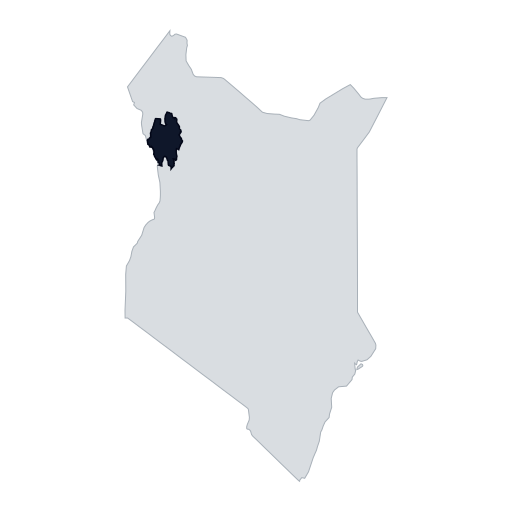 Loima, Rift Valley, Kenya shown in context
{"feature_id": "3690345B72596484741491", "entity_name": "Loima", "entity_type": "district", "adm_level": 2, "iso_a3": "KEN", "parent_name": "Kenya", "parent_adm1": "Rift Valley", "projection": "equal_earth", "projection_center": [35.181, 3.01], "detail": "fine", "context": "in_parent", "style": "filled", "palette": "ink", "viewbox_px": 512, "rotation_deg": 0, "n_neighbors": 0, "source": "geoboundaries", "source_scale": "gbopen_adm2", "svg_char_len": 8007}
<svg xmlns="http://www.w3.org/2000/svg" viewBox="0 0 512 512"><path d="M125.1,318.0L125.0,310.5L125.8,291.3L125.7,274.4L126.4,266.0L129.5,260.6L130.9,256.7L131.9,251.3L133.5,246.9L137.2,243.3L137.8,241.3L141.7,235.3L144.1,227.5L145.8,224.9L148.0,222.5L149.6,221.2L152.1,219.9L154.1,219.2L154.5,218.6L154.6,217.3L154.0,212.5L154.8,211.0L156.2,207.8L157.8,204.8L159.2,202.9L160.0,200.9L160.3,197.5L160.4,195.2L160.4,191.2L159.9,182.4L158.3,175.0L157.3,166.6L158.0,163.9L156.7,159.0L156.1,158.8L155.0,157.7L153.7,153.1L152.6,148.9L152.0,147.9L147.6,144.2L145.4,135.6L143.0,133.7L141.6,125.1L141.4,122.6L142.8,114.1L142.6,112.1L141.2,110.3L137.0,108.5L133.7,104.9L134.1,103.7L134.4,102.4L132.6,101.6L127.5,86.9L134.1,78.1L140.8,69.2L149.3,58.0L157.1,47.6L163.9,38.7L169.9,30.7L169.8,32.2L169.8,34.3L170.5,35.5L171.8,36.3L173.5,35.5L175.0,34.2L176.5,34.0L185.5,37.3L187.1,40.2L187.0,43.3L187.4,45.5L186.7,47.8L185.9,54.7L186.1,60.9L188.8,65.6L191.3,69.3L193.2,74.4L194.6,76.0L196.6,76.8L202.8,77.0L212.1,77.3L220.9,77.6L221.7,77.8L223.6,78.5L231.8,85.4L239.3,91.8L245.6,97.3L251.8,102.6L257.8,107.9L262.4,112.2L267.0,113.5L274.4,114.1L279.5,114.3L284.3,116.2L291.4,117.9L296.6,118.7L299.8,119.7L308.7,120.7L310.1,120.1L314.0,115.3L318.3,107.5L320.0,103.2L325.7,99.0L335.6,93.0L342.5,88.8L350.3,84.6L353.8,88.2L358.7,94.1L360.9,97.0L362.6,98.3L365.3,99.2L368.5,99.2L370.3,99.0L373.9,98.3L382.2,97.6L387.0,97.6L383.0,105.4L378.2,114.8L369.3,132.0L362.6,141.0L357.4,147.9L357.0,149.1L357.0,156.7L357.1,175.4L357.2,212.7L357.4,250.0L357.5,287.3L357.5,305.9L357.5,312.2L362.0,320.0L366.4,327.7L372.3,337.8L375.4,343.3L375.9,345.1L375.7,348.7L370.9,356.3L367.0,359.8L361.7,361.4L360.1,361.1L358.1,360.0L357.2,361.8L356.6,364.7L355.5,364.1L354.6,363.2L355.1,368.3L355.6,370.8L354.8,374.1L352.3,377.1L352.0,379.6L346.5,386.1L338.6,386.8L334.5,390.0L332.6,392.7L331.2,398.4L331.7,407.3L329.5,414.1L329.1,417.5L325.0,422.0L323.2,426.0L321.8,430.1L320.7,432.0L319.3,441.2L317.4,446.8L316.9,448.7L316.4,450.4L314.9,453.7L314.0,455.9L313.3,457.4L308.5,471.8L304.7,478.3L301.8,477.6L299.8,480.1L299.6,481.3L298.6,480.6L296.1,478.2L291.1,473.4L286.1,468.5L281.0,463.6L276.0,458.7L271.0,453.8L265.9,448.9L260.9,444.0L255.9,439.1L252.9,436.3L251.6,434.6L250.6,431.2L250.1,430.4L248.8,429.3L247.2,429.1L246.7,428.4L246.7,426.8L247.3,424.5L249.2,420.0L249.4,417.3L249.0,414.3L248.4,409.5L247.9,408.5L244.6,405.9L237.6,400.7L230.6,395.4L223.6,390.2L216.6,384.9L209.6,379.6L202.6,374.4L195.6,369.1L188.6,363.8L181.6,358.6L174.6,353.3L167.6,348.0L160.6,342.8L153.6,337.5L146.6,332.2L139.6,327.0L132.6,321.7L129.9,319.7L127.6,318.0L125.1,318.0ZM358.0,369.2L356.8,369.6L357.4,367.1L361.0,363.8L362.5,364.5L362.8,365.3L362.7,366.0L362.1,366.6L358.0,369.2Z" fill="#d9dde1" stroke="#a8b0b8" stroke-width="1"/><path d="M171.1,168.9L171.7,168.1L171.9,167.8L172.1,167.6L172.2,167.4L172.6,167.3L172.8,166.8L173.1,166.5L173.3,166.2L173.5,166.1L174.0,165.8L174.0,165.7L173.9,165.4L173.8,164.9L173.9,164.7L174.0,164.7L173.9,164.1L174.0,163.9L174.2,163.7L174.2,163.3L173.9,163.3L173.9,163.2L173.7,162.8L173.7,162.6L173.9,162.5L173.9,162.4L173.7,162.3L173.7,162.2L173.8,161.6L174.0,161.4L173.9,161.2L173.8,160.6L173.7,160.3L173.7,160.2L173.8,160.1L173.7,160.0L173.6,159.9L173.6,159.7L173.4,159.5L173.4,159.4L173.5,159.1L173.3,158.8L173.5,158.8L173.7,159.0L174.0,158.8L174.4,159.1L174.6,159.1L174.8,159.3L175.1,159.3L175.3,159.5L175.5,160.2L175.5,160.3L175.8,160.2L176.4,159.8L176.5,159.6L176.5,159.3L176.4,159.0L176.6,158.2L176.5,157.9L176.6,157.6L176.7,157.3L176.8,156.9L176.9,156.7L176.8,156.2L176.8,155.7L176.6,155.0L176.4,154.2L176.3,153.3L176.2,152.0L176.2,150.9L176.2,150.4L176.5,148.6L177.4,148.9L177.9,149.2L178.4,149.6L178.6,149.7L178.8,149.7L178.9,149.1L179.0,148.8L179.0,148.6L179.1,148.3L179.2,148.1L179.4,147.8L179.4,147.5L179.7,146.6L180.0,146.2L180.3,145.7L180.4,145.2L180.3,144.8L180.5,144.6L180.5,144.4L180.7,144.2L181.2,143.8L181.5,143.4L181.5,143.2L181.6,142.8L181.8,142.6L182.1,142.3L182.2,142.0L182.3,141.8L182.3,141.4L182.5,141.0L181.7,139.9L181.5,139.6L181.5,139.3L181.4,138.7L181.3,138.3L181.3,138.2L180.8,137.9L180.5,137.6L180.3,137.2L179.8,136.3L179.1,134.9L179.1,134.7L179.3,134.4L179.5,134.2L179.9,133.8L180.0,133.7L180.1,133.1L180.2,132.9L180.3,132.8L180.5,132.8L180.9,132.3L181.0,132.0L180.6,132.0L180.5,131.8L180.5,131.7L180.8,131.2L180.9,130.6L180.8,130.1L179.6,129.2L179.4,128.7L179.4,128.2L179.4,127.0L179.4,126.7L179.3,126.4L179.2,126.1L178.9,125.9L178.8,125.7L178.6,125.3L178.5,125.1L178.4,124.9L178.0,124.4L177.3,123.4L177.2,123.2L176.9,122.9L176.8,122.6L176.7,122.1L176.6,121.2L176.8,120.1L176.8,119.4L176.7,119.0L176.6,118.9L176.2,118.7L175.9,118.6L175.9,118.3L175.9,118.1L175.8,117.9L175.6,117.7L175.4,117.7L175.4,117.8L175.1,117.9L174.9,117.8L174.6,117.8L174.5,117.7L174.3,117.7L174.2,117.7L174.2,117.9L174.0,117.6L173.9,117.5L173.5,117.6L173.3,117.7L173.0,117.8L172.9,117.6L172.8,117.4L172.6,117.0L172.3,116.5L172.3,116.4L172.1,115.2L172.0,114.8L171.8,114.4L171.8,113.8L171.6,113.5L171.2,113.4L170.5,113.4L170.2,113.4L170.0,113.2L169.6,112.9L169.3,112.7L168.3,112.5L168.1,112.4L167.1,112.1L166.8,112.5L166.7,112.9L166.5,113.4L166.4,113.6L166.2,113.9L166.0,114.2L165.9,114.5L165.7,114.8L165.5,115.1L165.4,115.7L165.3,116.3L165.2,116.9L165.2,117.2L165.2,117.3L165.1,117.7L165.1,117.9L165.0,118.3L164.9,118.9L165.0,119.7L165.0,120.9L165.0,121.2L165.1,122.1L165.3,122.6L165.4,123.1L165.5,123.3L165.8,123.9L166.0,124.2L166.2,124.4L166.3,124.4L166.6,124.6L166.4,124.8L166.3,125.0L166.1,125.0L165.9,125.1L165.7,125.1L165.4,125.4L165.3,125.5L165.1,125.6L165.0,125.8L164.6,125.9L164.4,126.0L162.7,125.2L162.3,125.0L161.9,125.0L161.5,124.7L161.0,124.6L160.2,124.2L160.4,122.6L160.6,120.8L160.5,119.2L160.4,119.0L160.2,118.9L155.7,118.6L155.4,118.9L155.4,119.0L155.2,119.5L155.1,119.8L155.1,120.1L155.0,120.5L154.9,120.8L154.7,120.9L154.7,121.0L154.8,121.5L154.7,121.8L154.5,122.1L154.3,122.5L154.2,122.9L154.0,123.3L154.0,123.5L153.9,124.0L153.9,124.3L153.7,124.6L153.7,125.2L153.7,125.7L153.6,125.8L153.4,125.9L153.4,126.0L153.4,126.3L153.1,126.5L152.9,126.9L152.8,127.3L152.8,127.5L153.0,127.7L153.0,127.8L152.9,128.0L153.0,128.2L152.9,128.3L152.8,128.5L152.6,128.7L152.4,128.7L152.3,128.8L152.0,129.4L151.8,129.5L151.5,129.7L151.4,129.8L151.3,130.3L151.3,130.6L151.3,130.8L151.3,131.0L151.3,131.3L151.1,131.5L151.0,131.9L151.0,132.2L150.9,132.4L150.5,133.0L150.5,133.5L150.6,133.8L150.5,134.0L150.7,134.6L150.8,134.9L150.7,135.1L150.7,135.4L150.6,135.7L150.6,135.8L150.7,136.0L150.7,136.4L150.8,137.0L150.6,137.4L150.2,137.4L150.0,137.8L149.7,137.9L149.5,138.1L149.3,138.3L149.2,138.7L149.1,138.9L148.8,139.3L148.6,139.4L148.4,139.3L148.1,139.3L147.9,139.3L147.7,139.7L147.5,139.9L147.4,140.2L147.4,140.5L147.6,140.7L147.6,140.9L147.6,141.8L147.9,144.3L149.3,145.1L149.7,146.9L149.9,147.0L150.3,147.0L150.8,147.0L151.0,147.1L151.3,146.4L151.5,146.6L151.6,147.0L152.3,147.3L152.5,147.4L152.9,148.7L153.2,148.6L153.4,148.8L153.7,149.9L153.9,151.2L154.0,152.1L154.0,152.4L153.7,154.3L154.2,155.0L154.5,156.2L155.5,157.7L155.8,158.5L156.3,159.4L156.8,160.0L157.1,159.9L157.2,159.2L157.6,159.0L157.8,159.3L158.0,160.9L158.2,162.3L158.9,162.4L159.1,163.1L159.4,164.2L159.6,164.2L159.6,164.3L159.5,164.7L159.6,164.8L159.3,165.0L159.5,165.0L160.0,165.4L160.1,165.5L161.9,166.0L161.9,165.7L161.7,164.9L161.8,164.7L161.7,164.3L161.8,164.0L161.8,163.7L161.7,163.5L161.6,163.1L161.7,162.6L162.0,162.2L162.4,161.5L162.6,160.9L162.7,160.7L162.9,160.2L163.0,159.8L163.0,159.5L163.0,159.2L163.1,158.6L163.1,158.3L163.2,158.0L163.2,157.8L163.2,157.7L163.4,157.6L163.5,157.5L163.6,157.3L163.8,157.0L164.1,156.8L164.3,156.6L164.6,156.5L164.8,156.3L165.0,156.4L165.4,156.5L166.2,157.2L166.6,157.8L167.0,158.7L167.2,159.5L167.2,159.8L167.4,160.1L168.1,161.1L168.1,161.4L168.2,163.2L168.3,164.0L168.3,164.4L168.4,164.8L168.6,165.3L168.9,165.3L169.0,165.4L169.3,165.6L169.7,165.8L169.8,165.7L170.0,165.8L170.4,166.1L170.7,166.2L170.8,166.3L170.9,166.5L171.1,167.5L171.1,168.9Z" fill="#0f172a" stroke="#020617" stroke-width="1.5"/></svg>